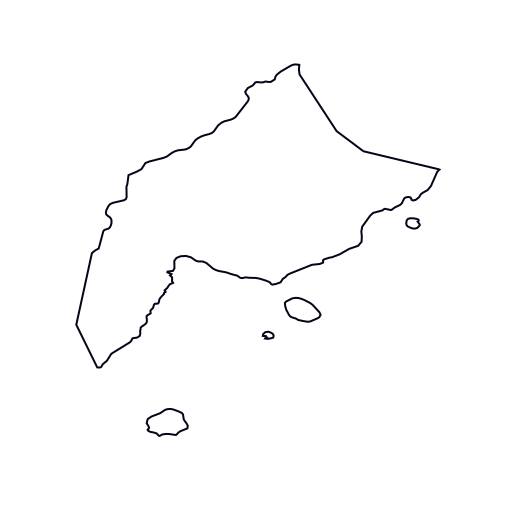 the Province of Madang, rotated 102°
{"feature_id": "PNG-1240", "entity_name": "Madang", "entity_type": "Province", "adm_level": 1, "iso_a3": "PNG", "parent_name": "Papua New Guinea", "parent_adm1": "", "projection": "equal_earth", "projection_center": [145.623, -4.997], "detail": "fine", "context": "isolated", "style": "outline", "palette": "ink", "viewbox_px": 512, "rotation_deg": 102, "n_neighbors": 0, "source": "natural_earth", "source_scale": "10m", "svg_char_len": 4306}
<svg xmlns="http://www.w3.org/2000/svg" viewBox="0 0 512 512"><g transform="rotate(102 256 256)"><path d="M133.3,94.5L134.4,95.3L136.2,96.3L151.1,99.4L155.8,101.8L159.0,105.5L161.1,107.5L164.7,108.8L167.6,111.2L168.2,112.1L168.3,112.6L168.6,112.9L168.9,113.4L169.0,114.4L168.7,115.5L167.2,116.3L166.6,117.2L166.6,119.1L167.3,121.3L168.8,123.0L174.1,124.3L176.1,125.7L179.7,130.4L182.4,132.7L183.0,133.7L183.0,139.6L183.4,140.4L185.1,141.8L189.5,150.4L192.8,152.7L205.2,158.2L209.9,158.1L215.1,156.5L220.2,155.7L224.8,158.2L229.7,166.4L237.1,174.7L241.4,181.4L242.4,183.9L245.0,188.5L246.1,189.5L247.1,189.4L247.9,189.0L248.6,189.1L250.5,191.9L253.0,199.5L266.1,219.1L267.9,221.3L270.2,222.6L272.1,224.3L272.5,224.9L276.6,226.5L277.6,228.0L279.4,231.1L280.6,234.1L280.3,235.4L278.9,236.9L278.1,240.4L277.4,247.7L277.5,251.5L278.7,258.1L279.0,261.3L279.3,262.3L280.4,264.5L280.6,265.9L280.5,267.2L279.6,269.1L279.0,270.9L279.1,271.3L278.8,277.1L278.3,280.6L278.2,282.3L278.4,289.2L278.1,292.1L277.4,295.1L273.1,303.2L272.5,306.7L272.6,308.0L273.2,310.5L273.3,312.3L273.0,314.2L270.8,319.4L270.5,324.6L271.9,329.6L274.4,333.4L277.8,334.9L285.0,333.2L287.9,334.2L289.6,339.3L290.4,339.3L290.6,338.2L291.1,336.1L291.3,334.9L292.1,335.3L292.4,335.5L292.9,336.0L294.3,333.7L296.1,333.2L297.9,333.0L299.5,331.5L301.6,334.4L303.6,335.4L305.8,336.2L308.5,338.2L309.4,337.2L310.0,337.0L310.4,337.5L310.9,338.2L312.2,338.1L316.3,340.6L318.4,341.5L321.3,341.4L322.7,341.8L323.3,343.2L323.8,345.1L325.2,345.7L328.2,345.9L330.5,347.4L331.7,347.9L333.9,347.1L335.0,348.1L336.2,349.5L337.2,350.4L338.5,350.4L341.0,349.5L342.6,349.2L344.0,349.2L344.9,349.6L347.1,351.4L347.9,352.2L349.0,353.3L350.3,353.9L351.8,353.7L351.1,353.7L353.7,353.7L356.1,353.0L358.3,353.1L360.5,355.3L361.1,356.8L361.6,358.4L362.3,359.7L365.2,360.5L366.6,361.4L381.7,377.2L389.6,380.1L393.7,383.4L396.4,384.2L397.4,385.1L398.0,388.1L397.5,388.5L360.6,417.5L287.3,417.1L283.9,414.4L281.4,411.4L279.7,411.4L279.3,411.3L263.7,410.5L262.6,410.1L261.6,409.0L259.9,406.0L258.6,405.0L256.2,404.3L253.9,404.2L251.0,404.8L249.4,405.9L248.3,407.4L247.6,409.2L246.5,411.1L244.9,411.8L242.4,411.9L238.4,410.9L235.8,409.7L233.8,407.1L228.8,396.5L227.2,395.0L225.3,394.8L215.3,397.1L212.3,396.8L203.4,397.5L198.1,389.9L194.8,386.1L188.1,383.5L185.7,379.9L179.1,366.6L176.9,363.5L173.1,360.2L170.6,357.3L168.9,354.4L166.6,347.6L166.1,346.7L165.3,345.4L164.0,343.9L162.4,342.5L155.7,339.6L153.3,337.7L150.5,334.5L148.4,331.1L146.7,327.6L145.1,325.0L143.0,323.2L136.1,320.2L132.8,317.5L130.8,314.9L127.9,309.1L126.3,306.8L124.2,304.8L106.7,296.3L104.6,295.7L102.9,295.9L101.1,297.5L99.7,299.3L98.2,300.4L97.5,300.7L93.4,298.9L90.0,294.8L88.0,293.5L86.8,293.1L86.2,292.4L85.8,291.7L85.6,290.9L85.3,287.9L84.6,285.0L83.6,283.5L83.3,282.5L83.2,281.4L83.2,280.4L83.0,278.9L82.7,278.0L82.4,277.5L79.8,274.8L79.4,274.5L78.9,274.3L76.8,274.3L76.1,274.1L74.3,273.3L70.4,270.1L63.1,262.1L61.6,260.1L60.8,258.6L60.6,257.8L60.3,256.5L60.0,253.4L65.1,252.7L69.4,251.1L117.1,203.1L131.2,172.7L133.2,94.9L133.3,94.5ZM447.9,300.0L448.2,303.9L448.9,307.7L450.2,310.8L452.0,312.8L452.0,313.8L450.2,316.3L449.9,319.4L450.0,322.5L449.5,324.9L448.6,325.9L447.9,325.6L447.2,325.0L446.3,324.9L445.0,325.6L442.2,328.2L438.0,328.0L434.7,324.8L429.8,317.2L425.3,312.8L424.1,310.5L423.4,308.0L423.3,305.2L424.1,299.5L425.0,295.8L426.1,294.5L430.6,292.8L432.4,291.2L434.2,289.1L436.3,287.4L438.9,287.3L443.0,293.4L444.7,295.1L447.5,296.8L447.8,297.7L447.9,300.0ZM302.8,181.4L304.5,183.3L308.9,189.6L309.6,192.0L309.8,196.1L309.8,201.7L309.2,202.9L308.8,204.7L308.5,208.3L307.9,210.1L306.6,211.6L302.2,215.3L299.0,217.0L295.9,218.0L294.2,217.0L290.3,212.2L289.6,211.0L288.7,208.6L288.3,206.0L288.4,203.2L288.9,200.0L290.7,193.3L292.0,190.5L297.9,182.2L300.2,180.6L302.8,181.4ZM192.9,102.8L195.0,104.1L196.1,106.0L196.5,108.5L196.1,111.5L195.4,114.0L194.3,115.3L192.5,115.9L190.0,116.0L188.0,115.0L186.9,112.6L186.4,109.5L186.3,106.6L186.7,104.6L187.6,104.2L188.5,104.6L188.8,105.0L190.8,102.7L191.7,102.2L192.9,102.8ZM327.5,228.2L327.8,225.7L328.6,223.5L330.1,222.2L332.3,222.2L334.1,225.8L334.7,227.6L334.8,229.9L333.9,229.5L333.2,228.7L333.0,229.4L333.0,229.7L332.9,229.9L332.3,229.9L332.8,232.7L331.0,232.8L328.6,231.1L327.5,228.2Z" fill="none" stroke="#020617" stroke-width="2"/></g></svg>